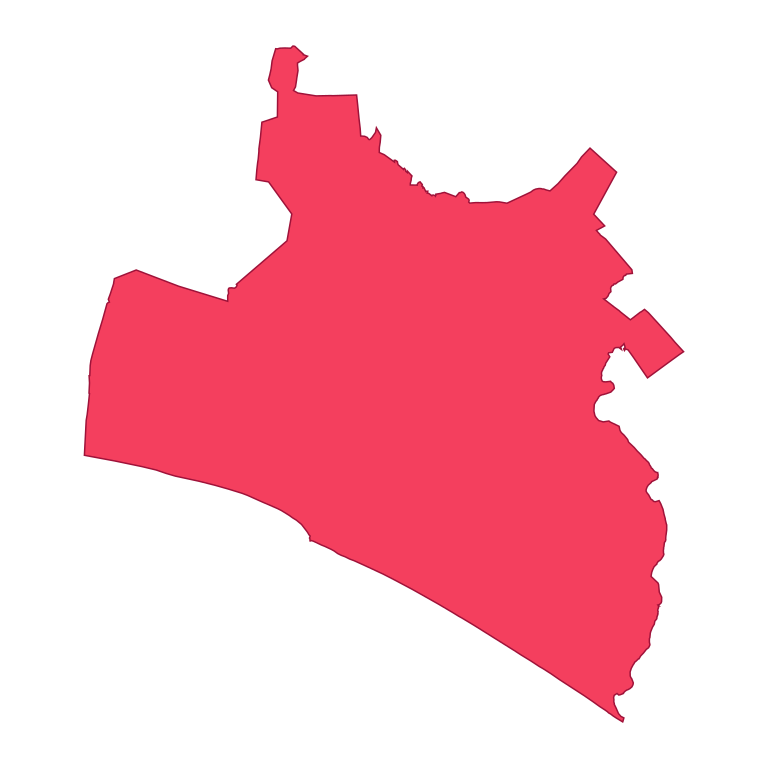 the district of Santiago Pinotepa Nacional, Oaxaca, Mexico
{"feature_id": "50627088B36163788288008", "entity_name": "Santiago Pinotepa Nacional", "entity_type": "district", "adm_level": 2, "iso_a3": "MEX", "parent_name": "Mexico", "parent_adm1": "Oaxaca", "projection": "natural_earth1", "projection_center": [-98.073, 16.296], "detail": "fine", "context": "isolated", "style": "filled", "palette": "rose", "viewbox_px": 768, "rotation_deg": 0, "n_neighbors": 0, "source": "geoboundaries", "source_scale": "gbopen_adm2", "svg_char_len": 6050}
<svg xmlns="http://www.w3.org/2000/svg" viewBox="0 0 768 768"><path d="M114.4,278.6L113.6,283.2L113.7,283.4L110.2,294.2L108.3,299.3L109.4,302.1L108.0,302.7L107.0,303.7L102.6,319.6L98.3,333.8L92.6,353.9L90.9,360.5L90.2,365.6L89.8,375.6L89.1,375.7L89.5,383.0L89.0,393.2L89.5,393.5L88.4,404.1L87.2,414.4L86.2,420.3L84.4,455.3L114.5,460.9L142.0,466.6L156.2,470.0L166.1,473.4L175.3,476.1L198.9,481.2L215.1,485.3L228.5,489.1L242.1,493.3L247.6,495.4L262.1,501.9L277.6,508.6L281.5,510.6L289.1,515.3L292.7,517.9L296.3,520.1L301.5,524.4L306.5,530.9L307.6,532.4L308.9,534.7L310.2,536.1L309.5,538.0L309.8,538.2L310.1,540.7L310.0,540.9L310.1,541.0L311.6,540.6L313.6,541.3L321.4,545.0L325.1,546.5L331.1,549.3L334.2,551.0L337.6,553.5L341.2,555.3L345.2,556.8L349.8,559.1L353.9,560.6L363.4,564.9L383.2,574.1L396.0,580.7L412.9,589.7L438.6,604.2L452.8,612.6L458.8,616.3L461.9,618.0L473.7,625.1L513.9,650.3L521.0,654.9L531.1,661.1L539.3,666.5L542.8,668.5L551.1,673.8L559.9,679.9L583.8,695.4L592.7,701.5L599.5,706.4L605.3,710.2L607.4,711.7L608.6,712.9L610.6,714.0L613.2,716.0L616.4,718.1L622.7,721.9L623.0,721.1L623.9,717.9L620.8,716.3L618.5,713.6L615.9,707.6L614.3,704.4L614.3,703.5L613.8,701.9L613.9,699.5L613.6,697.7L614.2,695.3L617.0,693.5L618.7,695.0L620.0,694.8L623.2,693.6L623.4,693.4L623.2,693.2L625.0,691.3L626.5,690.2L628.3,689.5L629.9,688.6L631.9,686.9L633.0,684.7L633.3,682.9L632.5,680.7L631.6,678.5L630.8,677.5L630.2,675.9L630.1,672.0L631.3,668.3L633.1,664.9L633.9,663.8L634.7,662.2L635.9,661.3L638.6,658.7L639.0,658.8L640.7,655.9L643.5,653.0L646.3,649.4L648.6,647.7L649.8,645.2L649.9,644.5L649.4,642.2L649.4,638.8L649.9,637.4L650.3,633.1L650.8,631.4L652.5,627.2L654.3,624.2L654.8,621.2L656.7,618.9L656.9,618.0L656.8,617.6L657.1,616.8L657.0,616.5L657.5,615.5L657.9,614.2L657.7,614.2L657.7,613.8L658.1,611.7L658.1,611.3L657.8,610.9L657.7,610.3L657.9,609.8L657.8,609.2L658.6,607.7L658.3,607.0L658.7,606.0L659.0,606.0L657.9,605.0L659.5,604.5L661.2,602.8L661.6,601.4L661.7,597.2L659.3,592.1L658.6,584.6L658.0,583.0L651.1,576.5L651.3,574.8L651.8,572.1L652.8,569.4L654.1,566.7L656.8,564.1L656.7,563.9L657.2,562.9L658.3,561.3L659.7,560.6L661.3,559.0L663.4,555.7L663.9,554.1L663.5,553.2L663.4,550.0L663.7,548.7L663.5,548.0L663.9,546.8L664.4,542.6L665.5,541.0L665.8,539.6L665.7,538.3L665.9,535.8L666.1,534.6L666.7,530.0L666.7,524.9L666.3,523.8L665.3,519.7L665.2,518.5L664.0,514.2L663.0,509.3L660.7,503.6L659.1,500.6L655.5,501.7L653.6,501.4L652.4,500.0L651.0,499.3L648.6,494.8L646.8,492.6L646.1,491.1L646.2,489.5L647.0,487.2L648.3,485.1L651.2,482.5L651.6,481.7L657.1,479.0L658.0,477.3L657.5,477.1L658.1,475.9L658.1,474.7L657.7,472.6L657.4,472.7L655.1,471.8L653.8,470.6L652.2,468.5L651.3,468.0L650.8,466.6L649.6,464.9L649.2,463.7L648.5,462.4L646.3,460.4L645.1,459.0L644.0,458.3L641.1,454.9L637.1,450.9L634.3,447.6L628.6,442.2L627.6,439.5L624.1,435.2L621.3,432.6L620.0,430.4L619.1,426.3L610.3,422.1L608.9,421.0L603.2,421.9L598.6,420.5L596.1,417.6L594.9,415.6L593.9,411.1L594.3,404.4L595.6,401.9L596.3,400.8L596.8,400.4L597.9,398.3L598.4,397.9L598.6,397.0L600.2,395.5L602.3,394.7L603.6,394.5L605.0,394.0L605.7,393.9L610.8,392.1L613.3,389.6L614.3,388.4L613.8,385.2L612.8,383.3L611.3,382.3L610.6,381.3L605.7,381.9L603.4,381.7L602.2,381.1L601.4,378.9L601.3,377.8L601.4,376.8L601.8,375.5L601.5,374.1L601.5,373.1L601.7,371.8L602.7,369.9L602.8,369.2L603.4,368.6L604.1,366.7L605.2,365.3L605.7,363.2L609.8,356.8L608.1,354.0L608.6,352.8L612.3,352.3L614.1,348.5L615.7,347.6L618.9,347.5L621.4,349.4L620.6,347.0L622.9,345.1L624.0,343.7L624.7,345.8L625.1,347.4L623.7,348.8L624.5,350.5L625.5,348.9L628.1,349.9L632.7,356.3L647.5,377.9L667.5,363.2L679.3,354.6L683.6,351.7L675.0,342.3L670.8,337.3L648.4,312.7L644.5,309.4L641.2,311.8L640.4,312.1L630.4,319.8L629.7,319.3L620.3,311.8L619.3,310.8L614.1,307.0L603.7,298.9L606.1,298.3L608.0,296.1L609.1,293.4L610.9,291.7L610.6,288.1L611.1,286.9L612.2,285.5L613.4,285.1L614.1,283.9L615.6,283.9L617.8,282.1L622.9,279.3L623.1,277.2L624.4,275.5L625.6,275.4L626.4,274.1L632.4,273.4L631.9,269.8L605.6,239.0L600.3,235.1L599.8,234.2L598.4,232.8L596.4,230.4L604.7,225.9L593.7,214.2L616.6,172.2L590.0,148.1L581.5,157.0L577.1,163.4L565.0,175.8L558.1,183.6L550.0,190.9L546.4,190.0L543.7,189.0L542.4,189.0L541.1,188.6L539.0,188.5L535.7,189.1L533.4,190.1L530.7,192.1L525.9,194.4L507.0,203.2L499.3,201.9L496.3,201.8L486.9,202.6L482.5,202.7L475.7,202.6L469.8,203.1L468.7,202.1L469.1,200.7L469.1,200.0L468.6,199.1L465.7,197.0L465.2,195.1L464.3,193.5L463.1,192.4L461.8,191.9L460.4,192.6L459.3,192.6L455.8,196.7L444.5,192.4L441.8,193.0L440.7,193.4L435.8,194.2L435.8,195.5L435.3,195.7L435.3,196.0L434.8,195.5L433.2,195.0L431.9,195.3L431.8,195.7L428.6,193.3L427.2,193.1L427.8,191.2L425.9,191.2L425.7,191.4L424.0,187.8L422.9,187.9L423.0,186.5L421.8,186.0L422.3,184.6L421.4,183.3L420.8,182.9L420.2,181.9L419.5,182.0L418.3,182.7L417.1,184.6L417.2,185.1L410.3,185.0L410.3,183.5L411.2,180.0L411.2,178.9L411.7,176.6L412.0,176.0L407.5,171.2L407.3,172.6L405.8,171.4L405.7,170.1L404.4,168.3L403.4,168.9L403.4,169.3L398.4,165.0L398.0,164.5L397.5,162.5L397.4,161.6L395.5,160.3L394.4,160.3L394.5,162.1L384.4,154.8L379.3,152.5L379.3,149.4L379.4,147.2L380.2,142.2L380.8,135.3L376.4,127.8L375.5,132.4L371.8,137.7L370.0,139.4L369.5,139.6L368.9,139.5L368.5,139.2L367.3,137.5L364.7,136.3L360.7,136.0L360.2,128.7L359.0,118.5L357.6,104.3L356.6,95.0L332.8,95.7L330.6,95.6L316.1,95.9L297.8,93.0L293.5,90.5L295.5,86.9L296.6,79.7L296.7,78.6L298.0,70.6L297.5,65.2L297.5,63.0L300.2,61.4L304.3,59.3L304.8,58.6L307.5,56.2L303.3,54.7L303.5,54.3L296.4,47.8L294.9,46.4L293.9,46.1L292.8,46.1L290.7,48.2L284.7,48.0L279.8,48.2L277.2,48.9L275.7,48.7L272.1,60.8L271.1,68.9L269.8,74.8L268.4,80.1L271.7,87.7L277.7,91.8L277.4,117.0L261.9,122.2L260.4,137.5L258.9,148.9L258.9,151.4L258.2,159.1L257.6,162.9L256.8,170.0L256.0,179.7L268.6,181.9L291.8,214.0L287.0,240.8L236.4,284.3L237.1,285.1L236.3,286.9L235.3,287.7L234.4,288.2L231.5,287.8L229.2,288.0L228.6,288.6L228.2,290.0L228.6,293.4L227.7,295.6L227.7,301.3L178.6,286.2L136.2,270.0L114.4,278.6Z" fill="#f43f5e" stroke="#9f1239" stroke-width="1.5"/></svg>